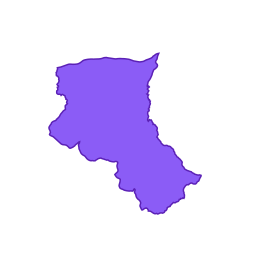 outline of Pedro Afonso, Tocantins, Brazil, rotated 55°
{"feature_id": "56859067B14151353864434", "entity_name": "Pedro Afonso", "entity_type": "district", "adm_level": 2, "iso_a3": "BRA", "parent_name": "Brazil", "parent_adm1": "Tocantins", "projection": "albers", "projection_center": [-48.016, -9.204], "detail": "fine", "context": "isolated", "style": "filled", "palette": "violet", "viewbox_px": 256, "rotation_deg": 55, "n_neighbors": 0, "source": "geoboundaries", "source_scale": "gbopen_adm2", "svg_char_len": 5898}
<svg xmlns="http://www.w3.org/2000/svg" viewBox="0 0 256 256"><g transform="rotate(55 128 128)"><path d="M84.5,60.0L84.1,60.9L83.8,61.8L83.6,62.7L83.6,63.8L83.7,64.9L83.6,66.2L84.0,67.5L84.0,68.6L83.9,69.5L83.4,71.7L82.8,73.7L82.6,74.7L82.5,75.8L82.2,77.3L81.1,79.6L80.7,80.4L79.9,81.3L78.9,82.3L77.0,84.2L76.2,85.0L74.7,86.0L72.9,87.3L72.1,88.0L70.8,89.4L69.2,91.2L68.0,92.8L67.3,93.7L66.6,94.6L65.5,96.3L64.9,97.4L64.6,98.1L64.1,98.8L62.6,100.4L60.3,102.8L59.8,103.4L58.5,104.7L57.8,105.3L56.7,107.2L56.4,108.2L56.1,109.3L55.8,110.1L55.3,111.2L54.7,112.3L53.5,114.1L51.8,116.8L51.1,117.7L50.3,118.8L49.7,119.8L48.6,121.7L47.7,123.7L47.2,125.0L47.0,126.3L47.1,128.3L47.1,130.1L47.0,131.0L46.7,132.3L46.2,133.4L45.6,134.5L44.3,136.5L42.8,138.4L42.1,139.4L41.6,140.4L41.2,141.9L40.1,145.9L39.8,147.0L39.6,147.8L39.2,148.8L38.7,149.9L38.1,151.3L39.4,151.9L40.0,153.0L40.7,153.6L41.2,154.2L41.3,155.0L42.2,155.4L42.8,155.9L43.5,156.4L44.2,156.6L45.1,155.9L46.4,155.9L47.3,156.0L48.1,156.5L48.7,157.1L49.7,157.2L50.8,158.7L51.2,159.8L51.5,161.1L52.7,161.2L53.5,160.8L54.4,161.4L54.1,162.6L56.0,163.2L56.6,164.0L56.7,165.0L57.6,165.8L58.7,166.4L59.6,166.3L60.4,165.8L61.1,164.6L62.1,164.0L62.9,164.1L62.7,163.1L63.0,162.3L64.1,161.9L65.3,161.2L67.3,161.9L68.2,161.9L68.9,162.4L69.7,161.8L70.9,162.0L71.3,163.0L72.1,163.8L73.2,163.6L73.5,164.5L73.5,165.5L73.8,166.7L74.8,167.4L75.9,168.0L76.9,168.6L76.9,171.2L77.5,173.2L77.8,174.6L78.2,175.6L78.7,176.6L79.3,177.7L79.5,179.1L79.9,180.5L79.8,181.5L80.3,182.3L80.3,183.2L79.7,185.4L79.7,186.7L79.9,187.7L80.6,188.6L80.9,189.7L81.4,190.9L81.7,191.6L82.1,192.3L83.0,192.9L83.8,193.2L84.7,193.3L85.6,193.4L86.4,193.8L87.3,194.2L87.7,195.1L88.3,196.0L89.3,196.0L92.4,194.2L102.7,191.9L103.8,191.3L104.4,190.8L104.9,190.1L106.1,188.9L106.9,188.3L107.9,188.0L109.0,187.7L110.8,187.5L111.6,186.6L112.1,184.1L112.0,183.2L112.1,182.1L111.7,180.9L111.6,180.0L111.6,179.1L111.3,176.3L111.5,175.5L112.5,176.5L113.1,177.9L114.0,178.6L115.0,179.0L116.1,179.5L117.0,180.1L118.4,180.3L121.5,180.9L122.4,180.9L123.3,180.7L124.6,180.3L125.8,179.6L126.9,179.4L128.7,179.3L129.4,179.3L131.2,178.8L132.5,178.1L133.6,177.1L134.3,175.8L135.3,174.8L136.0,173.7L135.9,172.4L136.0,171.5L136.0,170.4L136.2,169.4L136.6,168.4L137.1,167.4L138.1,166.9L139.9,165.4L140.7,164.9L141.4,164.3L142.2,163.8L142.6,162.9L143.3,162.5L144.2,162.3L145.2,161.5L146.1,160.7L146.7,160.1L147.3,159.4L147.8,158.8L148.0,157.7L148.9,156.6L150.0,156.1L150.8,156.5L152.3,158.4L153.1,159.0L154.7,159.7L155.7,159.9L156.9,160.4L157.7,161.2L158.0,162.1L158.2,163.3L158.3,164.4L158.6,165.5L159.7,165.6L161.2,165.6L162.7,165.3L163.4,164.8L164.4,164.2L165.6,163.8L166.5,164.5L167.2,165.1L167.8,165.7L168.4,166.5L169.1,167.3L169.6,167.9L170.3,168.5L171.4,168.8L172.3,169.0L173.1,168.9L173.9,168.5L174.6,168.0L175.4,167.4L176.5,166.9L177.2,166.4L178.7,165.0L179.8,163.8L180.4,163.1L181.0,162.0L182.4,160.3L182.2,159.5L181.6,158.5L181.5,157.8L182.3,157.5L183.0,157.9L183.6,158.6L184.1,159.3L184.8,159.7L186.6,159.7L187.6,160.1L188.5,160.5L189.6,160.8L190.9,160.8L191.9,160.7L192.7,160.4L193.5,160.2L194.9,160.1L195.9,160.3L196.7,160.6L197.3,161.3L198.0,162.2L198.7,162.9L199.9,163.2L201.0,163.4L202.1,163.6L203.2,163.6L203.5,162.8L203.4,161.7L203.5,160.4L203.7,159.6L204.2,158.8L205.1,158.4L206.0,158.4L206.9,158.5L207.7,159.0L208.6,157.8L209.5,157.1L210.6,156.7L211.7,156.3L212.6,155.9L213.5,155.3L214.1,154.5L214.4,153.5L215.4,153.1L215.8,152.2L215.9,151.0L216.3,149.9L216.8,149.2L217.6,148.5L217.8,147.6L217.9,146.7L217.5,145.8L217.0,145.1L217.4,144.4L217.2,143.4L216.6,142.4L215.7,141.4L215.9,139.8L216.4,138.5L215.7,137.7L215.7,136.6L215.4,135.7L215.3,134.7L215.0,133.6L215.9,132.8L216.4,132.0L216.3,130.7L216.7,129.8L216.9,129.0L216.6,127.8L215.9,127.0L216.4,126.0L216.0,125.2L216.8,124.4L216.7,123.1L217.7,122.6L217.0,121.4L216.1,120.9L215.5,120.3L214.6,119.9L213.5,119.7L212.9,119.1L211.7,118.9L210.7,118.3L209.9,117.6L209.2,116.5L208.9,115.6L208.4,114.4L208.2,113.3L208.2,112.2L208.8,111.6L209.2,110.9L209.0,110.1L209.0,109.0L209.2,108.1L209.7,107.3L211.2,106.6L211.9,105.8L212.6,104.7L212.4,103.4L211.9,102.4L211.8,101.6L212.0,100.7L211.5,99.6L210.6,98.4L209.4,95.9L208.7,95.3L207.9,95.9L207.3,96.5L206.9,97.5L205.9,98.4L204.7,99.3L203.9,100.0L203.0,100.1L202.1,100.7L201.3,101.1L200.3,101.2L199.3,102.0L198.6,102.5L197.9,103.0L196.2,104.2L195.3,104.5L194.2,105.1L193.2,105.0L192.2,104.8L191.0,105.1L190.0,105.1L189.0,104.9L187.9,104.0L187.1,103.2L186.2,103.1L185.0,103.2L183.4,103.3L182.0,103.7L180.6,103.9L179.8,104.4L178.7,104.3L177.4,104.3L176.3,104.5L174.5,103.7L173.3,103.9L172.3,103.3L171.2,103.2L170.3,103.3L169.3,103.8L167.8,103.9L166.8,104.4L166.3,105.2L164.5,106.1L163.5,107.9L162.5,108.9L161.2,109.1L160.1,109.4L159.0,109.5L158.2,109.1L157.2,109.2L155.8,109.3L154.8,109.5L153.8,109.6L152.8,109.3L152.0,109.6L151.5,108.8L151.0,107.7L150.6,107.0L149.4,106.7L148.5,106.2L147.6,105.9L146.3,105.8L145.6,104.6L144.4,103.9L143.1,103.9L142.2,104.1L141.3,103.9L140.7,104.4L139.8,104.6L139.4,105.4L138.4,104.7L137.3,104.8L136.0,104.5L134.7,104.4L134.3,105.2L133.4,105.7L133.9,106.6L134.1,107.5L132.7,107.4L131.9,106.6L130.7,105.1L130.2,104.4L129.3,104.3L127.9,103.9L126.9,103.2L126.3,102.6L125.9,101.8L126.1,101.0L125.4,100.3L124.2,100.4L123.7,99.8L123.7,98.8L122.7,98.2L122.0,97.5L121.5,96.5L120.7,95.6L119.4,95.3L118.8,94.3L117.6,94.8L117.1,94.2L116.0,94.7L115.2,94.3L114.2,94.2L113.1,93.2L112.7,92.2L112.0,92.8L111.0,93.0L111.2,92.2L110.2,91.3L109.5,89.6L108.2,89.7L107.3,89.9L106.8,89.2L106.8,88.2L106.6,87.0L105.4,87.1L105.1,88.3L104.1,87.7L103.3,86.6L102.3,85.7L101.6,84.7L100.8,82.4L100.2,81.1L99.6,80.1L99.2,79.4L98.7,78.6L98.1,77.7L97.3,76.9L96.6,75.9L95.3,73.9L95.0,73.1L95.1,72.2L95.1,71.4L94.9,70.3L94.6,69.1L93.9,68.1L92.8,67.6L91.5,67.7L90.3,67.8L89.4,67.2L88.9,66.5L88.6,65.7L88.3,64.9L87.6,64.1L86.8,63.3L86.0,62.4L84.5,60.0Z" fill="#8b5cf6" stroke="#5b21b6" stroke-width="1.5"/></g></svg>